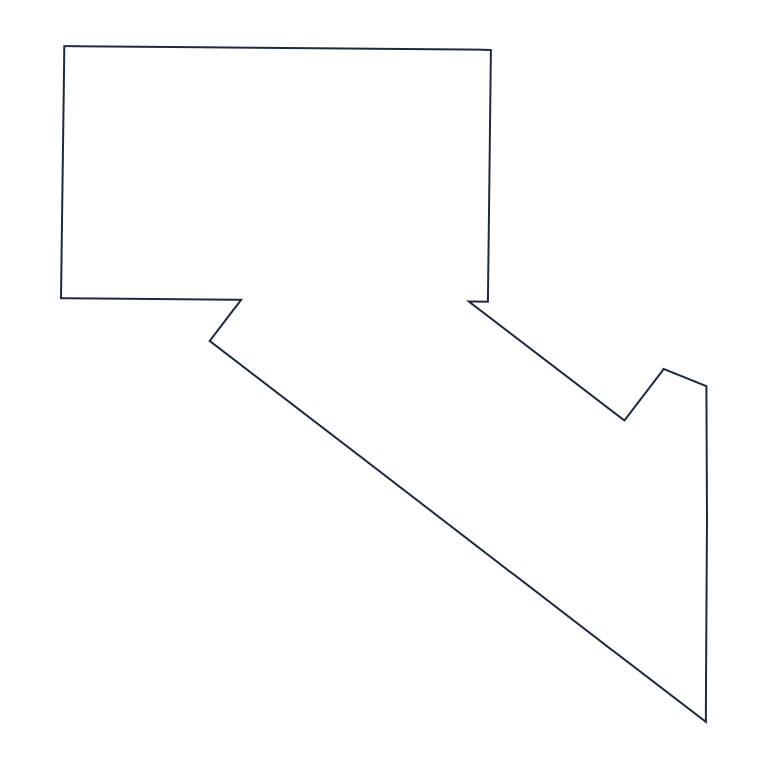 General Belgrano, Chaco, Argentina
{"feature_id": "61730980B57634400026456", "entity_name": "General Belgrano", "entity_type": "district", "adm_level": 2, "iso_a3": "ARG", "parent_name": "Argentina", "parent_adm1": "Chaco", "projection": "mercator", "projection_center": [-61.053, -26.902], "detail": "fine", "context": "isolated", "style": "outline", "palette": "slate", "viewbox_px": 768, "rotation_deg": 0, "n_neighbors": 0, "source": "geoboundaries", "source_scale": "gbopen_adm2", "svg_char_len": 649}
<svg xmlns="http://www.w3.org/2000/svg" viewBox="0 0 768 768"><path d="M706.5,600.0L706.8,551.5L707.0,519.4L706.4,386.2L663.5,368.9L662.0,371.3L624.4,420.5L471.4,303.5L468.9,301.5L481.8,301.6L487.9,301.7L488.9,221.1L490.9,50.0L487.1,49.9L476.9,49.6L451.6,49.4L249.1,47.7L183.9,47.1L81.4,46.3L67.4,46.1L64.3,46.1L63.9,80.6L62.7,169.3L61.0,298.2L82.7,298.4L98.5,298.5L152.6,299.0L241.1,299.8L235.8,306.9L234.1,308.9L209.7,341.0L219.9,348.8L354.4,452.0L359.3,455.7L369.4,463.5L501.7,565.3L509.5,571.4L511.0,572.4L515.2,575.5L609.6,648.2L619.4,655.6L705.9,721.9L705.9,708.4L706.1,669.1L706.5,600.0Z" fill="none" stroke="#1e293b" stroke-width="2"/></svg>